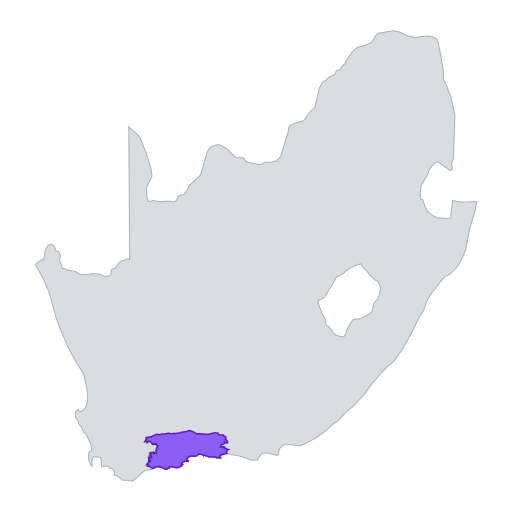 Eden, Western Cape, South Africa (highlighted)
{"feature_id": "47623444B71894478343084", "entity_name": "Eden", "entity_type": "district", "adm_level": 2, "iso_a3": "ZAF", "parent_name": "South Africa", "parent_adm1": "Western Cape", "projection": "equal_earth", "projection_center": [22.286, -33.877], "detail": "fine", "context": "in_parent", "style": "filled", "palette": "violet", "viewbox_px": 512, "rotation_deg": 0, "n_neighbors": 0, "source": "geoboundaries", "source_scale": "gbopen_adm2", "svg_char_len": 8861}
<svg xmlns="http://www.w3.org/2000/svg" viewBox="0 0 512 512"><path d="M378.7,33.2L393.3,30.7L399.8,32.1L407.7,36.0L415.0,37.4L427.5,36.0L431.8,36.6L435.2,38.0L437.6,40.1L440.8,55.6L443.5,72.2L443.3,77.6L443.7,79.7L447.1,86.7L448.3,91.0L450.3,94.6L454.3,112.2L454.8,115.3L453.6,157.8L451.7,162.9L452.3,169.6L450.2,170.5L438.1,162.0L435.9,162.3L432.4,165.5L429.0,170.4L427.4,174.7L421.0,186.0L420.3,193.3L420.7,199.4L422.8,199.7L424.1,204.1L427.3,211.2L432.8,215.7L438.0,217.8L445.4,218.3L451.2,218.2L451.0,213.4L452.7,200.6L462.3,202.2L476.6,201.7L475.3,210.0L469.6,229.0L465.6,250.2L461.0,260.8L458.5,265.2L451.3,273.0L447.6,275.6L444.6,276.5L432.3,292.2L427.6,299.7L423.4,310.7L419.4,316.7L413.3,329.6L402.9,348.5L394.1,360.9L390.3,364.4L387.8,366.1L380.9,373.2L371.3,384.7L363.9,394.9L353.0,406.5L346.7,411.5L337.2,421.4L334.6,422.9L324.0,432.1L316.4,437.6L304.2,444.1L299.4,445.9L287.9,444.2L283.1,445.1L279.1,449.0L278.6,454.6L277.0,455.4L266.4,452.8L262.1,453.3L259.5,456.3L257.5,460.0L251.4,460.2L240.7,456.3L228.1,453.9L225.2,453.7L219.1,456.6L216.9,457.0L208.0,456.4L203.1,454.5L198.3,454.5L194.7,456.1L190.3,456.6L178.4,467.1L172.3,467.1L167.0,468.3L157.7,466.9L154.9,467.5L152.1,469.4L145.7,470.2L143.3,471.7L132.6,481.3L128.2,480.3L122.6,480.2L116.2,475.1L113.8,475.4L114.4,473.9L114.6,471.2L112.3,468.4L109.9,468.6L108.5,466.3L104.7,466.1L101.6,466.8L100.9,457.9L99.4,457.1L95.6,456.9L93.7,457.2L92.8,458.0L91.9,460.0L92.0,466.2L90.6,464.4L89.0,460.7L88.5,456.8L89.0,452.1L91.8,450.3L90.9,444.4L86.2,434.2L83.5,432.0L81.3,426.7L79.1,424.8L78.1,421.1L76.0,418.2L75.2,413.5L76.3,410.8L78.1,409.4L80.0,411.7L82.3,410.8L85.6,407.4L87.4,402.3L87.4,394.1L86.9,388.9L84.0,375.6L82.8,372.6L76.7,363.0L69.6,350.2L60.5,330.0L56.1,317.8L49.3,293.1L43.4,279.1L36.3,266.0L35.4,265.1L36.4,263.5L40.1,260.5L41.8,259.7L42.7,260.0L43.5,259.2L44.3,257.1L44.9,252.5L46.5,247.6L48.0,245.5L51.3,244.1L53.8,246.0L54.9,247.8L55.4,250.1L56.5,251.3L58.3,251.2L59.5,252.7L60.3,255.7L60.2,257.8L59.2,259.2L59.4,260.9L60.7,263.1L62.2,268.0L68.9,270.5L72.7,270.8L76.3,272.0L79.7,274.2L85.3,274.7L93.0,273.6L99.4,274.1L104.4,276.2L108.0,276.5L110.2,275.2L111.2,273.3L110.9,270.8L112.0,269.2L114.5,268.6L116.5,266.7L118.0,263.6L121.5,261.0L127.0,259.1L129.7,259.2L128.8,126.8L138.8,136.0L141.1,140.2L146.0,152.7L151.0,168.1L151.9,175.5L151.7,177.1L146.6,187.1L146.5,192.1L147.1,197.9L148.3,200.8L149.7,201.7L153.3,200.3L158.7,201.8L169.0,201.2L174.1,201.9L175.4,201.4L176.6,200.2L178.0,196.7L179.2,195.6L183.9,194.1L186.1,192.1L189.5,185.2L199.8,175.9L200.9,173.7L207.4,151.5L209.4,148.3L212.2,146.2L217.9,144.6L221.2,145.5L224.8,147.4L228.8,150.6L234.8,156.7L236.9,157.6L242.9,157.8L246.6,161.8L257.9,164.5L261.2,164.4L264.7,162.2L270.5,162.3L276.7,160.8L280.5,156.9L288.0,132.6L288.9,127.2L289.7,125.7L295.7,123.0L302.9,120.9L304.4,119.8L309.0,112.9L315.0,107.3L319.4,87.8L322.1,83.1L323.8,81.2L324.9,81.2L326.4,79.9L328.4,77.5L330.8,76.0L333.5,75.5L335.3,73.9L336.1,71.3L337.5,70.0L339.5,70.1L340.6,69.2L340.9,67.5L345.4,63.2L345.6,61.5L348.2,57.4L353.2,50.8L358.0,47.1L362.4,46.4L370.6,43.0L373.5,39.9L375.5,35.6L378.7,33.2ZM359.8,318.8L366.9,315.6L372.3,311.4L373.6,303.6L377.8,298.9L379.3,294.4L380.6,288.3L378.4,281.9L375.1,280.0L369.3,274.5L366.7,270.7L363.2,267.6L360.7,263.8L356.6,265.0L350.1,268.1L346.1,270.9L342.7,274.2L336.7,276.6L331.0,287.1L329.1,289.5L324.6,297.2L318.2,301.0L318.1,302.3L320.1,308.6L322.9,314.8L325.8,319.8L325.6,323.0L326.6,325.4L329.3,327.1L333.8,333.4L336.1,335.4L343.1,336.9L344.1,336.5L346.1,332.8L346.4,330.1L351.3,322.0L353.4,319.4L359.8,318.8Z" fill="#d9dde1" stroke="#a8b0b8" stroke-width="1"/><path d="M204.1,434.1L202.5,433.9L201.2,434.0L199.1,433.6L197.4,433.8L196.0,433.6L194.1,432.2L191.4,431.1L189.5,430.5L188.6,430.7L187.7,431.2L185.2,431.7L184.0,431.9L182.9,432.2L181.3,432.2L180.1,432.8L179.4,433.1L178.5,433.1L177.3,433.3L176.3,433.3L175.5,433.6L173.7,433.3L172.2,433.8L171.4,433.9L170.5,433.7L169.1,433.2L167.4,433.4L163.2,434.2L162.1,433.9L160.7,434.5L159.1,434.6L158.0,434.8L157.1,434.2L155.7,434.5L151.6,436.6L146.0,437.6L146.0,437.9L146.8,437.9L146.7,438.2L144.8,441.6L146.9,441.1L147.0,442.7L148.6,441.6L149.1,441.1L150.5,441.8L152.0,443.5L152.8,443.5L152.8,443.8L152.6,444.3L154.8,444.4L154.7,443.6L156.2,443.8L156.1,444.7L156.9,445.3L157.3,445.2L158.1,445.8L156.9,447.4L156.7,447.5L156.2,450.0L155.9,450.4L156.6,450.8L156.3,451.6L156.1,452.4L156.2,452.9L155.8,452.6L154.7,453.0L154.4,452.6L154.1,452.9L153.7,453.0L153.7,453.3L153.5,453.2L153.4,453.0L153.4,452.9L153.2,452.4L153.1,452.1L152.8,452.3L150.2,452.6L150.2,452.8L150.1,453.1L149.9,453.4L150.2,453.5L150.3,453.7L150.2,453.9L150.5,453.7L150.8,453.8L150.9,454.2L150.8,454.4L150.8,454.8L150.4,454.8L150.3,454.5L149.9,454.4L150.1,455.6L150.3,455.6L150.7,455.5L150.8,456.2L151.3,456.5L151.1,456.7L151.5,457.6L150.2,457.2L150.2,457.3L149.9,457.7L149.8,457.3L149.7,457.2L149.1,457.3L148.5,457.2L148.5,457.6L148.7,458.0L148.8,458.3L148.6,458.9L149.0,459.2L148.8,459.3L148.7,460.3L148.9,460.1L149.2,460.7L149.7,460.7L150.0,460.6L150.6,460.9L150.1,461.6L149.9,461.2L148.9,461.9L148.5,462.3L148.5,462.6L147.5,463.6L146.8,464.0L146.6,464.6L147.0,464.4L147.2,464.5L147.3,464.7L148.0,464.6L148.1,465.1L147.6,465.4L147.6,465.8L147.4,466.2L147.5,466.3L147.8,466.2L148.1,466.1L148.3,466.1L148.5,466.4L148.6,466.5L148.8,466.4L149.0,466.2L149.3,466.3L149.8,466.2L149.9,466.6L150.3,466.8L150.7,467.3L151.0,467.6L151.9,467.8L152.8,468.3L153.0,468.1L153.3,468.0L154.0,468.1L154.2,467.9L154.9,467.3L155.8,466.9L156.2,466.8L158.0,466.8L159.0,467.0L160.6,467.2L161.4,467.4L163.2,468.1L163.7,468.6L163.9,468.6L164.0,468.6L164.3,468.7L164.6,468.8L165.1,469.1L165.5,469.3L165.9,469.3L166.3,469.1L166.6,469.2L166.7,468.9L166.9,468.9L167.1,468.7L167.6,468.8L167.9,468.4L168.0,468.3L168.3,468.2L168.7,468.0L168.7,467.9L168.8,467.7L169.0,467.7L169.1,467.8L169.1,467.7L168.9,467.5L168.9,467.3L169.2,467.1L169.7,466.9L170.7,466.8L171.2,466.6L171.4,466.7L171.5,466.5L171.8,466.5L172.3,466.7L172.6,466.6L172.8,466.8L173.0,466.7L174.4,467.4L174.6,467.4L175.1,467.6L175.3,467.5L175.7,467.7L175.9,467.7L176.0,467.8L176.5,467.8L176.9,467.9L177.0,467.8L177.1,467.6L177.6,467.5L177.9,467.5L178.6,467.4L178.9,467.3L179.0,467.3L179.2,467.2L179.8,467.1L180.2,466.7L180.6,466.7L180.9,466.4L180.9,466.2L181.0,466.0L181.4,466.1L181.7,465.9L181.4,465.7L181.5,465.2L182.1,464.7L182.3,464.7L182.5,464.6L182.3,464.5L182.2,464.4L181.7,464.2L181.6,463.9L181.7,463.4L182.1,462.7L183.0,462.0L183.6,461.7L184.6,461.4L185.7,461.3L186.2,461.4L186.4,461.2L186.8,461.2L187.4,461.0L187.6,460.9L187.7,461.0L187.7,460.9L187.9,460.8L187.9,460.7L188.1,460.7L188.0,460.4L187.8,460.4L187.7,460.2L187.8,460.5L187.7,460.4L187.5,460.2L186.8,459.9L186.8,459.1L187.1,458.3L188.1,457.1L189.1,456.5L190.1,456.2L191.2,456.0L192.2,456.0L193.1,456.1L193.8,456.3L194.0,456.2L194.4,456.1L195.0,456.3L195.1,456.1L195.4,456.2L195.6,456.1L196.1,455.9L196.5,456.0L196.6,455.8L196.8,455.7L197.1,455.4L197.2,455.2L198.0,454.8L198.2,454.5L198.2,454.3L198.4,454.3L198.4,454.1L199.0,454.0L201.4,454.5L202.8,455.0L203.8,455.4L203.8,455.5L203.9,455.4L204.0,455.1L204.6,455.3L205.7,455.8L207.1,456.2L208.2,456.6L208.7,456.9L208.9,457.2L209.2,457.2L209.4,457.4L209.3,457.2L209.4,456.9L209.7,456.8L210.2,456.7L210.8,456.8L211.0,456.9L211.0,457.1L211.4,457.2L211.6,457.0L212.0,457.0L212.4,457.0L212.5,457.0L212.6,456.9L212.8,457.0L213.3,457.0L213.6,457.2L214.1,457.1L214.4,457.2L214.5,457.1L215.1,457.1L215.4,457.2L215.5,457.3L215.8,457.2L216.1,457.3L216.3,457.5L216.3,457.4L216.4,457.5L216.6,457.4L217.0,457.6L217.4,457.7L217.5,457.6L217.9,457.7L217.9,457.8L218.1,457.8L218.3,457.6L218.5,457.7L218.9,457.7L219.3,457.9L219.6,457.7L219.9,457.7L220.0,457.8L220.0,458.0L220.1,457.9L220.5,458.0L220.7,457.9L220.3,457.7L219.7,457.6L219.6,456.9L219.9,456.3L219.8,456.1L219.9,455.6L220.7,454.9L221.2,454.6L221.7,454.4L222.2,454.3L222.5,454.3L222.8,454.4L222.9,454.2L223.3,454.3L223.7,454.2L223.9,453.8L224.2,453.8L224.2,453.7L224.4,453.6L224.9,453.6L225.0,453.7L225.5,453.5L226.0,453.5L226.5,453.6L226.8,453.5L226.8,453.4L226.7,452.9L226.8,452.9L226.6,452.6L226.5,452.1L226.5,451.9L226.6,451.6L226.7,451.4L226.6,451.2L226.9,451.1L227.1,451.0L227.1,450.9L226.9,450.7L227.0,450.3L227.4,450.2L227.7,450.2L228.0,449.6L228.3,449.5L226.1,448.8L225.8,448.4L224.6,448.3L224.4,447.2L224.5,447.1L223.5,446.7L223.5,446.8L222.7,447.0L222.7,447.5L222.2,447.5L221.1,447.2L220.8,447.1L220.3,447.0L221.2,446.0L221.4,444.4L222.4,444.4L224.1,443.8L224.1,443.2L224.5,442.9L224.5,442.1L225.3,442.9L226.4,442.8L227.5,442.9L227.6,441.3L226.2,440.1L226.1,439.3L225.5,439.4L225.7,437.8L225.8,437.0L225.8,436.8L225.1,436.4L223.4,435.6L222.9,434.9L222.2,435.1L221.0,434.9L220.3,435.0L219.8,435.0L219.3,434.8L219.5,435.6L218.3,433.6L217.8,433.0L215.1,432.9L213.5,433.0L212.9,433.4L211.7,433.4L208.3,434.4L205.6,434.1L204.1,434.1Z" fill="#8b5cf6" stroke="#5b21b6" stroke-width="1.5"/></svg>